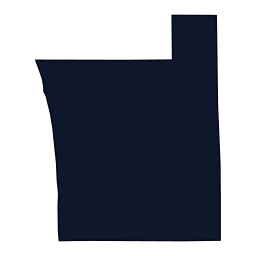 the district of Ottawa, Michigan, United States of America
{"feature_id": "52423323B64315206950381", "entity_name": "Ottawa", "entity_type": "district", "adm_level": 2, "iso_a3": "USA", "parent_name": "United States of America", "parent_adm1": "Michigan", "projection": "albers", "projection_center": [-86.089, 42.987], "detail": "fine", "context": "isolated", "style": "filled", "palette": "ink", "viewbox_px": 256, "rotation_deg": 0, "n_neighbors": 0, "source": "geoboundaries", "source_scale": "gbopen_adm2", "svg_char_len": 451}
<svg xmlns="http://www.w3.org/2000/svg" viewBox="0 0 256 256"><path d="M35.9,60.3L42.4,78.3L43.9,86.8L44.0,91.6L46.2,95.7L50.5,113.1L52.2,123.0L52.9,127.2L56.6,162.8L56.9,169.6L57.4,181.0L58.7,193.6L58.2,206.9L58.6,232.3L59.3,240.6L75.3,240.3L86.4,240.3L90.3,240.2L182.9,240.6L220.1,240.1L220.1,194.9L220.0,184.0L219.9,164.9L217.4,105.2L216.2,15.6L172.2,15.4L172.6,60.1L127.8,60.5L35.9,60.3Z" fill="#0f172a" stroke="#020617" stroke-width="1.5"/></svg>